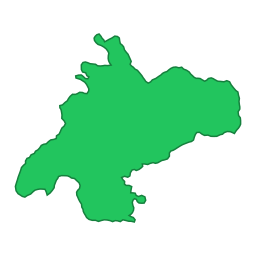 the district of Jequitibá, Minas Gerais, Brazil
{"feature_id": "56859067B98217925914362", "entity_name": "Jequitibá", "entity_type": "district", "adm_level": 2, "iso_a3": "BRA", "parent_name": "Brazil", "parent_adm1": "Minas Gerais", "projection": "mercator", "projection_center": [-44.009, -19.208], "detail": "fine", "context": "isolated", "style": "filled", "palette": "green", "viewbox_px": 256, "rotation_deg": 0, "n_neighbors": 0, "source": "geoboundaries", "source_scale": "gbopen_adm2", "svg_char_len": 3849}
<svg xmlns="http://www.w3.org/2000/svg" viewBox="0 0 256 256"><path d="M16.1,190.8L18.1,193.7L19.9,194.8L22.3,196.4L24.9,197.1L27.3,195.5L30.7,194.0L33.3,191.5L35.1,190.1L37.6,189.4L40.0,189.0L42.5,189.1L45.0,189.3L46.2,191.8L47.2,195.1L50.1,193.0L52.3,190.4L54.1,187.8L54.4,185.2L55.3,182.9L56.4,180.1L57.7,178.5L58.5,176.5L61.5,175.6L65.1,175.7L67.4,175.8L69.6,176.7L71.4,178.0L74.5,178.5L77.0,180.9L79.1,182.8L80.1,185.6L79.5,188.5L77.7,190.3L76.6,192.2L76.8,195.1L77.8,197.2L78.6,199.2L79.8,201.5L81.5,204.1L81.8,207.1L83.0,209.3L83.3,211.4L84.3,213.5L85.6,215.6L86.6,217.5L89.0,219.4L92.2,220.3L95.5,220.3L98.5,221.4L101.3,220.5L104.2,219.8L107.2,220.0L110.1,220.6L112.6,221.6L115.2,220.6L117.5,220.8L120.3,221.6L122.9,219.8L126.3,220.6L128.5,221.2L131.3,221.3L134.3,222.0L135.1,219.8L133.3,217.5L131.1,216.7L129.1,215.5L130.9,214.3L132.4,212.7L133.5,210.2L133.8,207.8L132.9,205.5L132.3,202.4L133.0,200.2L134.5,198.7L136.4,199.4L137.3,201.6L139.0,203.0L141.5,203.2L144.1,203.1L145.7,200.3L144.9,196.9L141.7,195.4L138.5,196.5L136.2,195.5L135.2,193.2L133.0,192.9L130.7,192.8L131.0,190.1L131.7,186.6L129.1,185.4L126.1,185.4L124.5,184.2L124.6,181.4L122.9,179.7L121.6,177.5L124.6,176.3L127.8,177.2L129.9,175.9L130.4,172.7L132.2,169.9L134.5,169.5L136.2,170.5L138.9,169.5L141.0,168.0L142.7,166.4L142.3,164.0L144.7,164.0L147.7,164.5L150.1,163.4L153.1,162.6L155.4,163.3L157.7,162.8L159.8,161.6L161.8,160.5L164.4,159.9L167.5,158.9L169.4,156.2L169.4,152.9L170.9,151.0L173.1,150.3L175.1,149.2L177.7,147.5L180.1,146.0L182.6,144.6L185.6,143.4L189.0,142.1L191.5,141.5L193.5,140.0L194.4,136.9L195.3,134.6L196.7,132.5L199.5,132.3L202.1,134.2L204.5,135.4L208.0,135.1L210.9,136.3L213.7,136.4L216.8,136.3L220.2,134.7L222.5,134.2L224.4,132.5L227.2,131.5L230.3,131.7L232.3,132.5L234.4,133.5L235.7,131.4L237.0,129.7L238.4,128.2L239.6,126.4L240.6,124.2L240.6,120.6L240.3,117.8L238.6,115.5L238.1,111.8L239.8,109.1L239.8,106.9L239.4,104.8L239.0,101.5L239.4,98.4L238.5,95.3L237.9,92.0L235.8,90.5L233.5,87.8L231.1,84.7L229.6,81.8L226.8,80.7L223.9,81.8L220.4,81.4L217.7,81.2L214.9,79.7L213.1,78.6L211.2,77.9L208.4,78.5L206.7,80.2L204.7,81.2L202.3,79.9L200.1,78.5L198.1,78.3L196.0,78.3L194.0,77.2L192.5,75.7L190.7,74.1L189.2,72.0L186.5,70.2L183.6,69.1L181.7,67.2L178.9,67.8L175.9,67.0L173.2,67.3L170.8,68.4L168.9,69.8L167.0,71.5L164.3,72.4L162.5,73.4L160.9,75.0L158.7,76.4L155.9,78.4L152.3,79.9L150.6,81.9L148.2,83.1L145.7,81.4L144.5,79.5L143.1,77.7L141.9,75.7L139.7,73.0L137.4,70.3L135.0,69.1L133.3,67.2L131.4,65.9L130.1,64.3L131.2,61.4L130.2,59.1L129.3,57.1L128.0,54.2L126.4,52.4L124.5,49.9L123.6,46.8L122.1,45.0L120.3,43.6L119.7,41.0L119.3,38.0L117.5,36.5L114.8,36.1L111.9,38.0L109.0,39.4L106.4,40.9L104.6,41.8L103.7,39.8L102.2,38.4L100.9,36.2L99.1,34.0L96.9,34.7L95.2,36.3L94.1,38.1L94.5,40.5L96.1,42.7L98.0,44.4L101.2,45.5L103.8,47.0L106.1,48.8L107.9,51.2L108.8,53.2L108.3,55.8L108.2,58.5L108.6,60.7L109.6,62.9L111.1,65.1L107.7,65.6L104.8,65.4L102.6,65.8L100.2,66.0L97.6,65.8L95.6,64.3L93.0,64.0L90.1,63.7L87.5,62.6L85.3,62.0L83.0,62.5L81.3,64.9L81.4,69.6L82.6,72.0L85.7,72.8L86.9,75.7L88.9,76.9L87.8,78.8L85.3,78.5L83.4,76.6L81.4,75.0L78.6,75.1L75.7,75.9L76.0,78.0L78.5,78.8L80.5,79.4L82.3,80.6L84.8,82.2L86.6,84.5L87.8,86.8L88.8,88.8L88.7,90.9L87.0,93.6L84.4,93.4L82.5,92.5L79.7,92.3L77.3,93.7L75.4,94.4L72.5,94.3L70.2,96.3L68.6,98.4L67.3,100.8L65.1,102.4L62.5,104.9L59.8,105.6L59.9,107.8L61.0,109.5L61.5,111.8L62.0,115.0L61.8,118.4L64.2,120.9L65.5,123.6L64.0,126.3L62.1,127.8L61.1,129.7L60.2,131.9L59.1,134.1L56.5,135.8L56.3,138.5L53.8,139.4L50.8,139.9L48.5,141.6L46.3,143.8L43.6,144.3L41.3,145.4L39.6,148.0L37.8,149.9L35.5,151.2L34.4,153.4L31.1,154.8L29.5,157.5L27.0,158.4L25.5,161.0L25.6,163.5L23.5,165.3L21.5,167.5L20.8,169.9L20.1,172.0L19.2,174.4L18.2,177.1L17.4,179.9L16.4,183.0L15.4,186.4L16.1,190.8Z" fill="#22c55e" stroke="#15803d" stroke-width="1.5"/></svg>